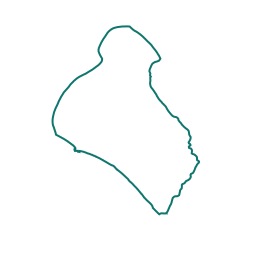 the district of Ar Raydah wa Qussay'ar, Hadramawt, Yemen, rotated 58°
{"feature_id": "15242507B55233567675049", "entity_name": "Ar Raydah wa Qussay'ar", "entity_type": "district", "adm_level": 2, "iso_a3": "YEM", "parent_name": "Yemen", "parent_adm1": "Hadramawt", "projection": "mercator", "projection_center": [50.363, 15.159], "detail": "fine", "context": "isolated", "style": "outline", "palette": "teal", "viewbox_px": 256, "rotation_deg": 58, "n_neighbors": 0, "source": "geoboundaries", "source_scale": "gbopen_adm2", "svg_char_len": 5097}
<svg xmlns="http://www.w3.org/2000/svg" viewBox="0 0 256 256"><g transform="rotate(58 128 128)"><path d="M42.9,72.8L41.8,74.2L40.0,77.2L39.1,78.7L38.4,80.1L37.6,81.8L36.9,83.3L36.4,84.8L35.9,86.4L35.6,87.8L35.5,89.7L35.6,91.3L35.9,93.2L36.5,95.1L37.3,96.8L38.0,98.3L39.4,101.6L40.3,103.3L41.1,104.9L42.0,106.3L42.9,107.7L43.8,109.0L44.8,110.4L46.0,111.5L47.5,112.4L49.0,112.7L50.8,113.0L52.4,113.1L55.5,113.2L56.8,114.1L57.8,115.4L58.4,117.1L58.8,118.7L59.1,120.4L59.2,122.8L59.4,124.5L59.6,127.8L59.5,131.8L59.5,133.5L59.5,135.3L59.2,137.2L58.8,142.1L58.8,143.7L58.9,145.6L59.2,147.4L59.4,149.0L59.9,150.7L60.2,152.3L60.6,153.8L61.3,155.4L61.9,157.0L62.5,159.1L63.8,163.6L64.1,164.1L65.9,167.8L66.8,169.4L67.0,169.7L68.7,172.6L69.8,174.1L70.9,175.7L72.0,177.5L73.1,179.2L75.1,181.9L76.1,183.0L78.5,185.4L79.8,186.6L81.2,187.7L82.6,188.6L84.1,189.4L85.7,190.1L88.8,190.7L90.6,191.2L93.9,192.0L95.5,192.6L98.1,191.1L99.3,190.4L102.7,188.5L104.2,187.7L104.4,187.6L104.7,187.5L105.2,187.3L105.5,187.1L106.8,186.5L107.6,186.1L107.9,186.1L109.2,185.5L111.8,184.5L113.2,183.9L114.6,183.5L115.1,183.5L115.5,183.4L115.9,183.3L116.7,183.2L116.9,183.2L117.2,183.3L117.2,183.5L117.4,183.6L117.5,183.7L117.5,183.8L117.4,183.8L117.4,184.1L117.5,184.1L117.8,184.2L118.0,184.2L118.0,184.3L118.2,184.2L118.3,184.3L118.5,184.3L118.6,184.5L118.7,184.8L118.7,185.0L118.8,185.0L119.0,185.1L119.3,185.2L119.5,185.1L119.5,184.8L119.6,184.6L119.7,184.2L119.9,183.9L120.1,183.7L120.4,183.4L120.5,183.4L120.6,183.2L120.9,182.9L121.0,182.9L121.3,182.9L121.2,182.7L121.3,182.7L121.5,182.5L121.9,182.5L122.0,182.4L121.9,182.4L121.7,182.3L121.6,182.2L121.7,181.8L121.7,181.5L121.8,181.3L121.9,181.1L122.1,180.8L122.4,180.6L123.3,179.6L124.5,178.4L125.0,178.0L125.6,177.5L126.1,177.1L127.2,176.3L127.5,176.1L127.9,175.9L128.0,175.8L128.6,175.2L129.0,174.8L129.4,174.6L129.8,174.2L131.7,172.8L131.8,172.6L132.3,172.4L133.3,171.7L133.5,171.6L133.6,171.4L134.5,170.8L134.7,170.7L135.0,170.6L135.1,170.4L135.3,170.4L135.5,170.2L135.9,170.0L136.0,169.9L136.3,169.7L137.8,168.7L138.0,168.6L138.3,168.4L138.5,168.3L138.6,168.2L139.1,167.9L139.7,167.6L140.3,167.3L140.4,167.2L140.6,167.1L141.2,166.8L141.4,166.6L141.9,166.4L142.1,166.3L142.2,166.2L142.3,166.1L142.5,166.1L142.8,165.9L143.4,165.6L143.6,165.5L144.0,165.3L144.2,165.2L144.3,165.1L145.4,164.5L148.2,163.1L150.2,162.0L150.7,161.6L151.0,161.5L151.4,161.2L151.5,161.0L152.4,160.4L152.9,160.3L153.1,160.2L154.3,159.9L154.5,160.0L154.8,159.9L155.0,159.8L156.7,159.6L157.2,159.3L157.4,159.4L157.5,159.3L162.1,157.6L165.2,156.7L169.7,155.5L171.0,155.1L172.3,155.0L172.6,155.1L174.7,154.7L175.3,154.4L178.0,153.7L180.3,153.3L182.5,152.8L184.1,152.5L185.0,152.4L185.5,152.2L186.2,152.2L189.6,151.7L190.8,151.6L191.7,151.3L192.7,151.3L193.7,151.2L194.4,151.2L194.8,151.1L195.2,151.2L195.6,151.1L196.3,150.9L198.4,150.5L200.1,150.1L202.8,149.3L205.0,148.8L206.3,148.7L206.8,148.7L207.7,148.9L208.2,148.9L208.9,149.3L209.2,149.2L212.4,148.5L215.4,147.8L217.7,147.2L217.7,146.4L217.9,145.2L218.5,144.2L219.3,143.1L219.9,142.3L220.5,141.0L220.3,140.2L220.2,139.9L220.3,139.9L220.2,139.8L219.7,138.6L219.1,137.7L218.3,136.6L217.0,134.7L216.3,133.8L215.8,132.7L215.1,131.6L214.4,130.7L213.5,129.8L211.9,128.1L211.1,127.2L210.8,126.1L210.7,124.8L211.2,123.7L211.8,122.7L212.1,121.6L212.1,120.3L211.3,119.4L210.4,118.6L209.5,117.7L208.6,116.9L208.0,115.9L207.8,114.7L206.8,113.7L205.8,113.1L204.8,112.5L204.4,111.5L204.7,110.4L204.7,109.2L204.3,108.2L203.8,106.9L203.9,105.8L204.1,104.5L204.0,103.3L203.7,102.1L203.1,101.1L202.2,100.3L201.1,100.0L200.3,98.9L200.5,97.7L200.5,96.5L199.9,95.5L199.3,94.5L198.7,93.6L197.8,92.5L197.1,91.6L196.6,90.5L196.0,89.5L195.5,88.5L195.1,87.3L194.9,86.2L194.0,85.5L192.9,85.9L191.9,86.4L190.8,85.9L189.9,85.3L188.7,84.9L187.5,85.2L186.4,85.5L185.3,86.0L184.4,86.9L183.3,87.4L182.4,86.7L181.4,85.9L180.3,85.4L178.9,85.5L178.0,86.2L177.1,86.8L176.0,86.2L175.9,85.1L175.6,84.0L174.4,83.9L173.4,84.5L172.3,84.2L171.8,83.1L171.2,82.0L170.5,81.0L169.7,80.2L168.6,79.6L167.5,79.7L166.2,79.6L164.1,78.7L163.0,78.2L161.8,78.2L160.7,78.4L159.4,79.0L157.2,79.7L156.1,80.0L155.0,80.2L153.8,80.5L152.6,80.5L151.4,80.6L150.2,80.9L149.0,81.0L147.9,81.0L146.8,80.5L145.6,80.7L144.5,81.2L143.6,82.1L142.9,82.9L141.8,83.6L140.7,84.0L139.5,84.2L138.3,84.4L135.9,84.7L134.6,84.8L133.4,84.8L132.2,84.8L131.1,84.7L129.9,84.6L128.8,84.8L127.6,85.1L126.4,85.3L125.3,85.7L124.2,85.7L121.8,86.2L120.6,86.4L119.4,86.5L115.9,86.5L114.8,86.3L113.5,86.3L112.4,86.4L111.1,86.4L108.8,86.5L107.6,86.6L106.5,86.8L105.3,86.8L104.2,86.6L103.1,86.2L102.0,85.7L101.0,85.0L100.1,84.2L99.1,83.6L98.1,83.0L97.0,82.4L96.5,81.4L95.3,81.5L94.4,80.9L93.5,80.1L92.4,80.0L91.3,79.8L90.4,79.1L89.6,78.2L88.9,77.2L87.5,75.2L86.8,74.1L86.4,73.1L86.3,71.8L86.3,70.5L86.9,68.3L87.2,67.1L87.3,65.9L86.8,64.7L86.4,63.8L83.0,63.4L81.4,63.5L79.8,63.4L78.2,63.5L76.5,63.6L74.1,63.9L72.2,64.1L70.3,64.2L68.6,64.5L67.0,64.9L65.3,65.4L62.1,66.1L60.5,66.5L58.7,66.9L57.0,67.4L55.4,67.9L53.9,68.5L51.9,69.3L50.5,70.0L49.0,70.9L47.5,71.5L44.5,72.4L42.9,72.8Z" fill="none" stroke="#0f766e" stroke-width="2"/></g></svg>